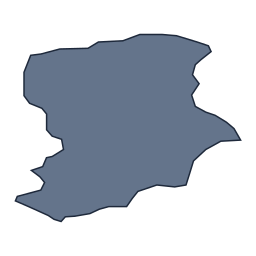 the district of Flen, Södermanland, Sweden
{"feature_id": "70781695B18684833515036", "entity_name": "Flen", "entity_type": "district", "adm_level": 2, "iso_a3": "SWE", "parent_name": "Sweden", "parent_adm1": "Södermanland", "projection": "robinson", "projection_center": [16.701, 59.078], "detail": "fine", "context": "isolated", "style": "filled", "palette": "slate", "viewbox_px": 256, "rotation_deg": 0, "n_neighbors": 0, "source": "geoboundaries", "source_scale": "gbopen_adm2", "svg_char_len": 833}
<svg xmlns="http://www.w3.org/2000/svg" viewBox="0 0 256 256"><path d="M29.8,57.6L24.0,72.3L24.0,95.7L29.6,103.3L41.9,108.3L46.6,114.0L46.6,129.8L52.2,136.2L61.6,139.3L63.5,149.5L52.2,156.5L46.5,157.7L42.7,166.6L31.4,170.4L39.9,176.8L44.6,182.5L40.8,190.1L17.3,196.4L15.4,200.9L28.6,206.6L48.3,215.5L54.0,219.3L61.1,221.5L65.3,216.8L74.8,216.2L89.9,213.6L99.3,209.2L108.7,206.6L126.6,206.6L132.3,198.4L137.9,191.4L156.8,185.0L174.7,186.9L186.0,185.0L189.8,172.9L193.5,160.9L205.8,149.5L220.8,141.2L240.6,140.1L234.0,128.6L226.4,122.2L215.1,115.3L205.7,112.1L195.3,106.4L191.6,95.0L199.1,83.7L192.5,74.8L195.3,64.7L200.9,59.7L211.1,51.6L208.4,45.8L197.1,42.0L176.4,35.7L170.3,35.2L162.3,34.5L139.8,34.5L122.8,40.8L98.4,42.0L88.0,48.3L59.8,49.0L41.0,54.0L30.7,55.3L29.8,57.6Z" fill="#64748b" stroke="#1e293b" stroke-width="1.5"/></svg>